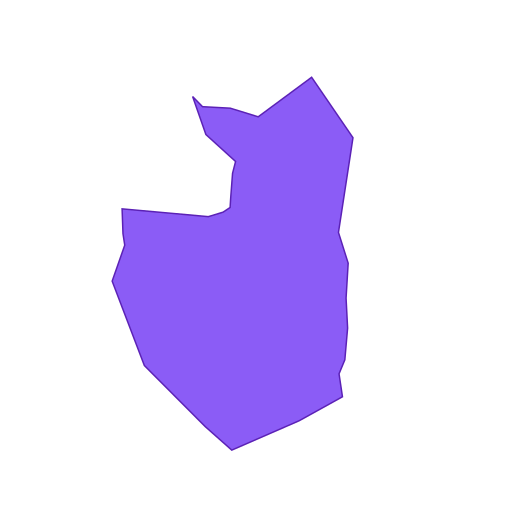 outline of Hospital Road, Castries, Saint Lucia, rotated 231°
{"feature_id": "8701671B16711141632325", "entity_name": "Hospital Road", "entity_type": "district", "adm_level": 2, "iso_a3": "LCA", "parent_name": "Saint Lucia", "parent_adm1": "Castries", "projection": "mercator", "projection_center": [-60.999, 14.009], "detail": "fine", "context": "isolated", "style": "filled", "palette": "violet", "viewbox_px": 512, "rotation_deg": 231, "n_neighbors": 0, "source": "geoboundaries", "source_scale": "gbopen_adm2", "svg_char_len": 530}
<svg xmlns="http://www.w3.org/2000/svg" viewBox="0 0 512 512"><g transform="rotate(231 256 256)"><path d="M376.9,181.6L357.1,166.7L347.0,160.8L327.0,128.4L241.1,100.3L155.2,109.2L120.4,115.0L100.8,185.9L92.2,234.6L112.2,246.4L119.4,259.7L142.3,281.8L166.6,299.5L192.4,323.1L222.4,334.9L274.5,392.2L286.9,405.8L359.9,411.7L362.8,345.3L387.1,329.0L405.7,308.4L419.8,307.1L381.9,293.5L342.3,299.6L335.0,289.8L317.4,273.2L310.0,266.4L310.8,258.0L316.6,243.7L376.9,181.6Z" fill="#8b5cf6" stroke="#5b21b6" stroke-width="1.5"/></g></svg>